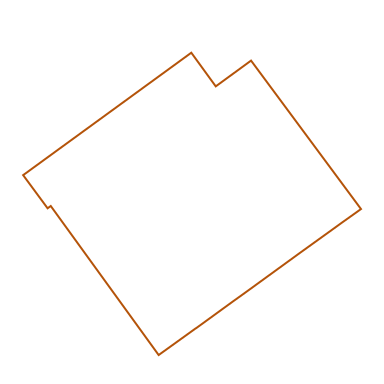 Barber, Kansas, United States of America, rotated 324°
{"feature_id": "52423323B11094144333814", "entity_name": "Barber", "entity_type": "district", "adm_level": 2, "iso_a3": "USA", "parent_name": "United States of America", "parent_adm1": "Kansas", "projection": "orthographic", "projection_center": [-98.676, 37.234], "detail": "fine", "context": "isolated", "style": "outline", "palette": "amber", "viewbox_px": 384, "rotation_deg": 324, "n_neighbors": 0, "source": "geoboundaries", "source_scale": "gbopen_adm2", "svg_char_len": 447}
<svg xmlns="http://www.w3.org/2000/svg" viewBox="0 0 384 384"><g transform="rotate(324 192 192)"><path d="M317.0,120.4L273.3,120.5L273.3,78.9L65.3,79.1L65.6,120.3L69.5,120.3L69.2,304.3L71.5,304.3L114.9,304.5L115.1,304.6L119.2,304.6L146.7,304.6L148.1,304.6L148.8,304.6L160.4,304.6L176.9,304.7L178.4,304.7L243.2,304.7L290.8,304.9L291.5,304.9L295.1,304.9L316.1,305.1L318.7,305.1L317.0,120.4Z" fill="none" stroke="#b45309" stroke-width="2"/></g></svg>